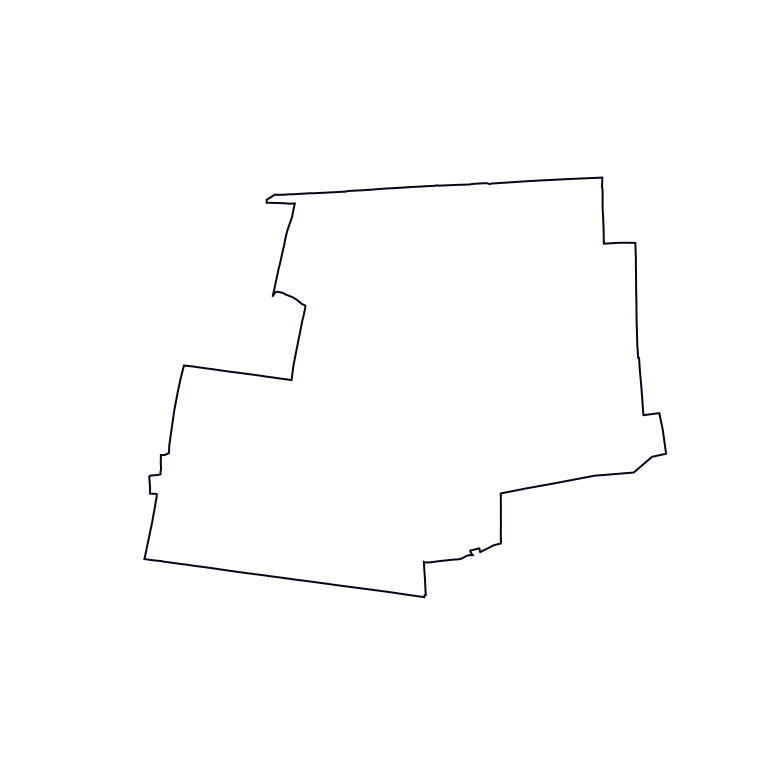 Teslui, Dolj, Romania, rotated 341°
{"feature_id": "2599482B26570302322271", "entity_name": "Teslui", "entity_type": "district", "adm_level": 2, "iso_a3": "ROU", "parent_name": "Romania", "parent_adm1": "Dolj", "projection": "equal_earth", "projection_center": [24.149, 44.204], "detail": "fine", "context": "isolated", "style": "outline", "palette": "ink", "viewbox_px": 768, "rotation_deg": 341, "n_neighbors": 0, "source": "geoboundaries", "source_scale": "gbopen_adm2", "svg_char_len": 4402}
<svg xmlns="http://www.w3.org/2000/svg" viewBox="0 0 768 768"><g transform="rotate(341 384 384)"><path d="M628.0,541.8L632.6,518.5L634.8,501.2L619.1,497.9L622.9,483.8L626.6,469.7L629.5,457.9L631.9,448.6L633.7,442.2L632.8,441.8L634.5,436.0L636.0,430.2L639.8,418.1L642.9,408.2L644.2,404.1L648.2,392.1L651.7,381.3L653.3,376.4L660.1,356.0L660.4,354.8L662.6,348.7L663.3,346.5L665.8,338.2L666.1,337.4L667.5,332.7L667.3,332.7L667.4,332.4L666.3,331.9L664.3,331.2L663.3,330.8L660.9,330.0L659.3,329.4L657.9,328.9L653.4,327.4L652.6,327.2L651.7,326.9L647.8,325.8L637.6,322.9L637.9,321.9L640.4,314.1L641.2,311.9L646.6,293.9L646.6,293.4L649.2,285.2L651.5,278.6L652.5,275.8L654.3,269.9L654.1,269.1L656.0,264.3L656.7,262.5L657.6,259.9L622.2,249.4L604.8,244.4L586.3,239.1L569.3,234.5L551.0,229.5L550.8,229.5L549.3,229.5L546.2,227.4L545.8,227.3L535.0,224.2L534.3,224.1L532.3,223.6L529.7,223.2L516.6,219.1L511.4,217.6L507.4,216.4L500.3,214.3L499.6,213.7L499.0,213.5L496.9,213.2L492.6,212.0L491.4,211.6L487.2,210.4L483.0,209.3L481.0,208.7L480.5,208.5L474.4,206.8L473.0,206.4L471.6,206.0L468.0,205.0L465.6,204.4L462.1,203.4L459.8,202.8L457.4,202.1L454.7,201.3L452.2,200.6L449.9,199.9L449.3,199.8L448.0,199.4L443.6,198.3L441.2,197.6L437.4,196.7L436.0,196.4L433.7,195.7L428.6,194.3L427.3,194.0L426.2,193.7L424.9,193.3L423.8,193.0L422.3,192.5L421.7,192.3L421.0,192.1L419.4,191.7L417.0,191.0L416.1,190.7L415.2,190.5L414.4,190.3L413.6,190.0L412.4,189.7L411.1,189.8L396.7,185.7L378.4,180.4L376.4,179.6L358.0,174.5L357.3,174.1L350.1,172.2L343.8,170.1L342.9,169.4L340.7,169.9L337.9,170.5L335.9,171.0L333.0,171.6L332.1,174.4L348.8,180.7L353.8,182.9L358.4,184.3L351.3,196.3L344.4,205.1L343.6,206.1L341.8,208.5L337.0,216.2L335.7,218.7L330.1,227.7L326.2,234.0L324.5,236.9L322.3,240.1L320.2,243.5L317.7,247.7L314.6,252.9L310.8,259.3L309.7,260.9L308.6,262.7L307.1,265.2L308.7,263.6L309.8,262.8L311.1,262.0L311.9,261.9L313.0,262.0L314.0,262.5L317.5,264.6L319.0,265.9L320.3,267.5L321.6,268.6L321.9,268.8L322.4,269.1L322.7,269.4L322.9,269.7L323.3,270.1L324.6,271.1L326.2,272.6L327.4,274.1L328.4,275.2L329.5,276.8L330.1,277.9L330.8,279.0L331.8,280.7L332.3,281.4L333.3,282.6L334.1,283.2L334.8,283.9L335.2,284.5L334.4,286.2L331.6,290.9L329.8,293.9L327.1,298.0L321.9,307.0L311.5,324.8L304.0,337.8L297.9,350.2L278.3,340.3L264.8,333.3L264.1,333.0L249.7,325.8L239.3,320.7L227.9,314.8L216.7,309.2L209.4,305.4L200.9,301.4L195.2,309.9L186.8,323.7L177.2,340.5L161.3,371.5L158.1,379.4L157.5,379.3L156.0,379.5L155.4,379.6L154.7,379.7L154.1,379.8L153.7,379.7L153.0,379.6L152.4,379.5L151.5,379.1L150.7,378.8L149.9,378.5L148.9,381.4L148.7,382.1L148.5,382.7L148.0,383.6L147.9,383.8L147.8,384.3L147.2,386.1L146.1,389.9L145.5,392.0L144.4,393.7L143.9,395.0L143.3,396.7L139.7,396.2L135.5,395.1L133.4,394.6L132.8,394.6L132.2,394.8L132.0,395.1L131.5,396.5L129.7,403.4L129.2,405.4L128.8,406.7L127.5,410.1L127.0,411.4L131.9,413.4L133.3,414.1L133.0,414.9L132.7,415.8L132.2,416.9L130.9,419.3L129.9,421.0L128.5,423.5L126.1,428.0L124.8,430.2L123.8,432.0L122.1,435.0L120.3,438.3L117.1,443.8L115.3,446.7L111.1,453.9L109.2,456.9L105.0,464.0L100.7,471.2L100.5,471.5L102.8,472.7L105.4,474.0L109.1,475.9L111.5,477.0L115.3,478.7L118.7,480.7L126.0,484.3L132.9,487.8L138.8,490.7L145.5,494.2L156.0,499.4L166.1,504.5L168.7,506.0L171.4,507.3L176.3,509.9L178.4,510.9L182.1,512.8L184.8,514.2L188.1,515.8L192.8,518.2L199.3,521.4L206.4,524.9L209.8,526.6L212.2,527.9L217.9,530.7L222.9,533.2L225.6,534.6L230.8,537.2L237.9,540.8L249.3,546.4L264.4,554.0L270.4,557.1L288.7,566.2L319.4,581.5L336.2,590.2L346.3,595.4L352.7,598.6L353.1,597.9L353.7,596.9L353.8,596.8L353.9,596.7L354.1,596.7L354.4,596.8L354.6,597.0L354.8,597.1L355.1,596.2L355.4,595.0L356.3,591.7L358.9,582.9L359.3,581.4L362.5,569.7L362.8,568.6L363.8,565.2L364.1,565.5L364.7,566.0L365.6,566.4L367.0,566.9L368.8,567.4L369.8,567.7L371.2,568.0L375.7,568.9L379.1,569.6L385.7,571.1L389.8,572.0L396.3,573.7L398.6,574.2L399.9,574.3L400.9,574.3L403.0,573.9L404.9,573.6L406.2,573.4L408.2,573.5L409.4,573.7L410.7,574.2L411.9,574.8L412.2,574.8L411.5,572.8L411.2,570.9L411.1,570.3L411.2,569.7L411.3,569.6L413.3,569.8L420.6,570.4L420.3,574.3L428.8,573.1L431.1,572.8L434.2,572.3L434.8,572.3L436.6,572.3L442.7,572.8L445.8,563.2L448.6,555.4L458.2,527.4L458.8,525.5L485.8,529.2L506.8,532.5L521.6,534.7L538.4,537.1L549.1,538.7L553.5,539.3L563.1,541.8L591.3,549.0L613.8,540.1L628.0,541.8Z" fill="none" stroke="#020617" stroke-width="2"/></g></svg>